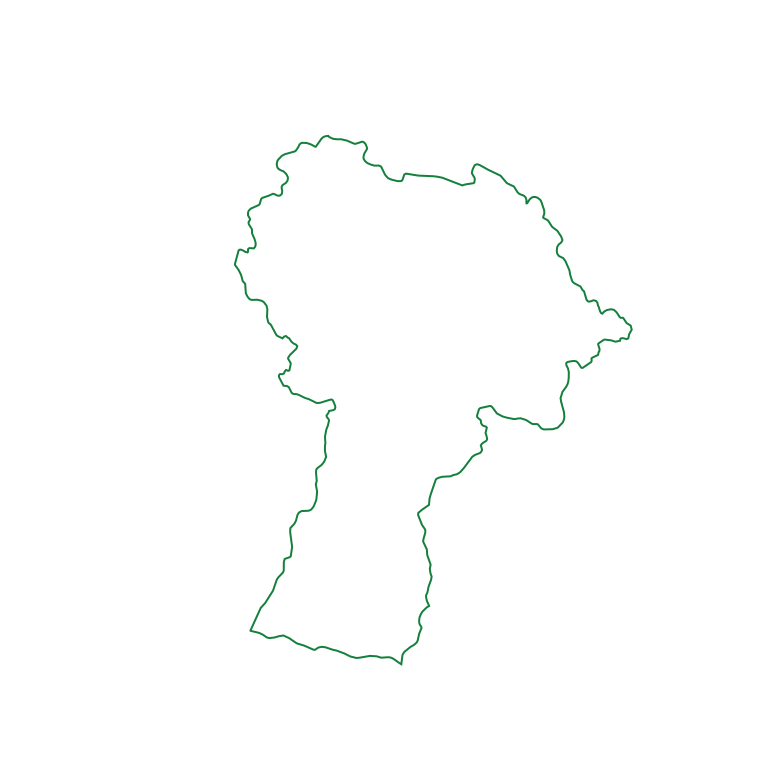 Quy Chau, Nghệ An, Vietnam, rotated 329°
{"feature_id": "81297802B85029486143959", "entity_name": "Quy Chau", "entity_type": "district", "adm_level": 2, "iso_a3": "VNM", "parent_name": "Vietnam", "parent_adm1": "Nghệ An", "projection": "robinson", "projection_center": [105.091, 19.537], "detail": "fine", "context": "isolated", "style": "outline", "palette": "green", "viewbox_px": 768, "rotation_deg": 329, "n_neighbors": 0, "source": "geoboundaries", "source_scale": "gbopen_adm2", "svg_char_len": 6166}
<svg xmlns="http://www.w3.org/2000/svg" viewBox="0 0 768 768"><g transform="rotate(329 384 384)"><path d="M308.4,597.5L309.1,591.8L310.4,588.1L311.2,586.9L314.0,584.9L317.8,580.7L323.6,576.0L325.7,573.5L326.3,570.3L328.1,566.0L330.9,562.9L333.0,552.8L335.5,547.9L336.4,539.2L337.9,537.3L342.8,532.7L344.1,530.6L344.3,529.3L344.0,524.5L345.5,515.3L345.9,513.6L347.1,512.1L352.5,511.3L360.3,510.8L364.1,505.6L366.6,503.2L378.8,492.9L379.9,492.3L382.5,492.5L386.3,493.6L393.7,497.5L396.3,497.7L400.1,498.9L402.5,498.9L404.4,498.7L409.6,497.0L422.3,491.8L425.8,491.7L430.8,492.6L432.6,492.1L433.9,491.2L434.5,489.9L435.4,486.4L437.8,485.5L442.5,485.4L444.1,484.3L445.1,481.4L445.8,478.3L449.7,474.3L449.5,473.2L447.4,470.6L447.1,469.6L447.0,467.8L448.3,464.8L447.1,461.5L446.9,460.1L447.5,459.0L452.5,454.5L454.1,454.2L463.3,457.3L464.2,457.9L464.9,459.8L465.6,467.3L468.8,472.7L471.4,475.6L477.0,480.7L478.5,481.7L480.5,482.3L483.5,483.8L486.6,487.3L487.3,488.1L490.2,494.1L491.1,495.1L494.7,497.3L495.1,497.9L496.0,503.1L497.5,505.2L505.1,509.5L509.7,510.8L510.9,510.8L517.6,509.0L520.3,506.8L521.6,505.2L523.7,501.0L526.8,490.1L528.1,487.0L533.0,482.6L538.6,480.3L541.1,478.8L543.3,476.7L545.5,473.9L548.6,468.9L549.7,465.5L550.0,461.9L550.6,460.5L551.3,459.8L552.8,459.7L555.0,460.5L558.3,461.8L560.1,463.2L560.8,464.2L561.3,466.8L561.4,471.3L561.8,472.0L562.5,472.5L572.8,471.9L573.7,471.4L575.0,469.0L576.0,468.7L582.5,469.3L584.4,467.2L585.3,466.9L586.7,465.3L587.9,460.5L588.4,459.8L589.0,459.7L595.2,459.3L596.1,459.6L601.3,463.7L604.1,466.9L608.5,468.5L609.9,467.0L610.9,467.0L612.6,467.9L615.1,470.5L616.5,470.7L617.0,470.6L619.9,467.5L624.3,465.0L624.5,464.5L625.5,461.0L623.3,456.6L623.1,451.0L622.8,450.2L621.1,449.3L620.5,448.1L620.3,442.4L619.3,438.9L617.2,436.9L613.2,435.4L610.1,435.3L607.4,436.2L607.0,435.8L606.6,434.9L606.7,432.7L607.8,428.3L607.8,427.0L608.7,424.6L608.7,422.3L607.2,420.5L606.2,420.0L603.6,419.6L601.6,418.6L601.2,417.6L601.0,416.0L603.2,407.6L602.6,405.8L602.6,401.6L599.2,396.0L598.4,393.9L598.3,392.6L599.8,386.4L601.5,382.0L602.8,372.2L602.5,368.5L599.9,364.5L599.6,362.0L600.0,360.5L600.7,358.8L603.0,355.8L605.6,354.4L608.5,354.0L610.6,353.0L611.2,352.2L611.8,348.8L611.5,342.0L609.3,336.6L609.0,335.1L608.9,329.5L608.7,328.1L606.1,323.5L606.4,322.9L609.2,320.5L610.8,317.5L612.8,308.4L612.8,306.7L611.6,303.5L610.1,301.7L608.5,300.7L607.0,300.3L604.1,300.7L599.8,302.8L599.2,302.6L599.5,301.7L600.7,300.0L601.4,297.8L601.4,296.5L600.8,294.5L598.2,291.2L597.6,289.9L597.2,288.3L597.1,281.7L592.8,275.2L591.2,265.5L583.5,253.8L579.3,246.4L577.7,244.2L576.2,243.3L574.4,243.2L570.8,245.5L568.3,247.9L567.8,249.2L567.8,253.8L567.4,255.1L565.1,257.9L564.0,257.9L556.7,254.9L553.4,254.1L540.3,237.3L536.5,233.8L533.4,231.4L520.7,223.0L511.2,215.0L509.3,214.9L505.0,218.5L504.0,218.9L503.2,218.9L500.1,217.1L496.0,213.0L493.5,209.7L492.9,206.6L492.7,204.8L493.5,196.2L492.1,194.1L488.0,191.7L485.2,188.5L483.4,185.8L482.6,183.3L482.5,180.9L482.8,179.7L483.7,178.4L485.7,176.4L490.6,173.7L491.1,172.8L491.7,169.5L491.7,168.0L490.9,165.7L489.9,165.0L483.8,163.6L482.4,162.9L477.6,156.3L473.5,152.3L469.3,149.7L466.5,147.5L464.2,143.9L464.0,142.6L461.6,141.5L459.2,141.1L456.9,141.5L447.7,145.5L447.3,145.3L444.8,141.0L441.9,137.6L437.7,134.9L436.2,134.9L434.7,135.3L432.4,136.9L428.6,138.6L427.4,138.7L417.4,136.0L414.0,135.8L408.8,137.2L407.4,138.0L405.2,140.4L404.1,143.6L404.3,145.0L405.3,147.2L407.4,150.0L408.4,153.8L408.1,157.2L407.4,158.5L406.0,160.0L403.5,161.1L399.3,161.3L398.1,162.0L397.1,163.5L396.3,165.9L395.0,167.7L394.4,168.3L392.7,168.9L390.8,168.5L389.7,167.6L387.5,164.3L386.8,163.8L382.0,163.2L375.6,161.8L373.9,162.2L370.3,165.6L368.9,166.1L360.5,165.1L358.5,165.4L356.8,166.1L355.7,167.1L354.3,169.4L354.2,173.3L353.9,174.1L351.4,175.4L350.8,176.4L350.4,177.5L350.5,182.9L350.3,183.9L348.5,186.8L347.7,193.1L346.7,196.8L345.8,198.4L344.3,200.0L342.2,200.7L339.0,198.4L337.9,198.1L337.1,198.3L335.4,200.7L334.8,200.9L333.3,199.5L331.7,196.5L330.4,195.0L329.3,194.5L328.2,194.6L318.1,204.3L317.6,205.3L318.1,211.2L317.8,215.7L317.4,218.0L315.9,222.9L316.6,226.6L312.3,235.1L312.0,238.7L312.4,241.7L313.6,243.6L318.6,246.4L320.7,248.3L322.4,250.2L323.2,252.2L323.6,256.2L322.6,259.7L318.3,266.2L316.6,271.2L316.8,273.2L317.4,274.1L317.5,275.7L317.0,286.7L317.5,288.1L320.5,292.6L322.7,291.9L324.7,292.4L325.4,294.8L326.2,295.8L326.4,299.8L327.3,302.7L328.8,304.8L329.2,306.8L327.1,308.6L318.6,310.6L315.7,311.9L315.0,312.6L314.8,313.4L314.8,317.9L314.2,319.0L309.9,323.6L308.6,323.3L307.2,321.5L305.5,322.1L303.4,323.5L301.8,323.2L300.0,321.9L298.5,322.4L297.5,324.2L297.0,333.7L299.8,335.8L300.8,337.7L300.3,343.7L300.7,345.1L301.7,346.3L303.8,347.6L305.3,349.4L309.2,355.4L311.8,358.3L316.5,365.6L319.5,367.2L328.9,369.5L330.8,370.1L331.4,370.7L331.7,371.7L331.5,373.6L330.9,377.4L330.3,378.9L329.0,380.2L328.2,380.3L326.6,380.2L323.1,378.8L321.4,380.2L318.5,381.4L318.0,382.8L318.4,386.0L317.9,387.2L314.4,390.8L310.9,393.5L306.2,398.9L303.3,404.5L301.3,407.0L298.8,411.2L296.9,416.6L293.1,419.5L290.5,420.7L288.4,421.3L284.0,421.7L282.2,422.3L281.4,423.0L280.0,425.1L276.4,432.5L274.2,434.5L273.6,435.6L271.3,441.7L266.9,447.7L265.0,449.5L260.5,452.8L257.1,454.1L254.9,454.0L253.5,453.5L248.2,450.6L245.8,450.3L244.5,450.6L242.4,451.7L238.4,455.6L236.6,456.8L235.0,457.7L229.5,459.3L227.2,462.8L221.4,476.2L215.4,483.6L214.0,483.9L208.8,482.8L206.4,485.1L201.9,492.4L200.2,493.6L193.8,495.3L191.3,496.5L182.4,504.0L169.2,510.6L163.1,512.4L142.6,526.5L142.5,526.8L149.0,533.3L151.1,536.6L153.1,541.0L154.9,542.7L159.3,544.8L164.2,546.1L168.3,547.8L171.8,553.0L175.6,561.3L180.8,567.1L186.8,575.5L188.0,576.3L191.8,576.1L193.3,576.5L195.2,577.2L198.1,579.4L203.5,585.7L205.9,587.9L211.2,594.5L214.8,600.2L219.2,604.6L221.8,605.9L231.9,609.8L237.4,613.6L240.7,617.2L246.4,620.1L248.3,621.4L249.6,622.8L251.3,626.0L252.9,629.9L254.5,633.1L259.9,626.3L260.8,625.4L263.5,624.1L271.3,623.0L275.5,623.1L279.2,622.3L280.9,621.1L285.4,616.3L290.5,612.4L290.9,611.3L290.8,608.4L291.0,607.4L292.0,605.3L294.2,602.4L297.0,600.3L299.7,598.9L305.6,597.5L308.4,597.5Z" fill="none" stroke="#15803d" stroke-width="2"/></g></svg>